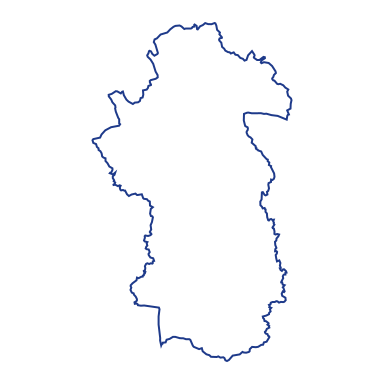 Iakora, Ihorombe, Madagascar (orthographic projection)
{"feature_id": "10022922B30377745880071", "entity_name": "Iakora", "entity_type": "district", "adm_level": 2, "iso_a3": "MDG", "parent_name": "Madagascar", "parent_adm1": "Ihorombe", "projection": "orthographic", "projection_center": [46.657, -23.157], "detail": "fine", "context": "isolated", "style": "outline", "palette": "blue", "viewbox_px": 384, "rotation_deg": 0, "n_neighbors": 0, "source": "geoboundaries", "source_scale": "gbopen_adm2", "svg_char_len": 5995}
<svg xmlns="http://www.w3.org/2000/svg" viewBox="0 0 384 384"><path d="M100.1,137.6L93.3,139.1L92.5,140.2L93.3,142.9L96.1,144.1L96.9,146.9L98.5,148.3L98.6,150.0L100.4,151.2L101.6,153.3L102.2,156.5L103.5,157.6L105.5,158.3L105.5,161.0L107.5,163.2L109.3,166.5L112.4,168.3L112.5,169.8L111.2,172.6L110.2,172.7L109.8,173.2L113.1,174.4L115.2,172.6L114.5,174.8L112.8,176.2L112.8,178.1L114.2,180.3L113.7,181.2L115.2,182.5L114.7,183.8L113.5,184.6L113.6,185.0L115.2,184.7L117.9,186.1L119.6,185.3L120.6,185.7L119.8,187.6L120.3,189.6L121.1,190.4L123.0,190.0L124.4,190.7L125.1,190.6L127.0,194.3L128.9,196.0L131.6,194.5L135.5,193.6L136.8,194.9L137.6,195.0L141.8,194.3L143.2,198.2L143.9,198.8L146.9,199.2L148.1,200.7L149.8,201.5L150.0,205.6L152.8,207.2L150.8,208.9L150.1,213.6L150.9,216.0L152.3,216.3L152.9,217.3L151.9,222.2L150.6,225.2L151.2,229.5L149.8,232.0L150.2,232.8L151.2,233.5L151.4,234.3L150.4,235.2L148.1,236.0L145.3,235.5L144.7,236.2L144.9,237.8L144.0,240.5L144.7,241.4L147.4,242.1L146.7,243.3L147.3,245.6L146.3,246.6L145.7,248.5L146.7,249.2L148.7,249.5L149.7,252.1L148.5,254.0L148.8,255.2L150.4,257.5L153.2,258.3L154.1,260.9L152.8,261.4L152.7,263.3L152.3,263.6L150.7,263.3L149.2,264.0L147.3,263.3L146.1,263.9L144.9,266.2L145.3,268.0L145.0,270.1L143.8,270.9L144.0,271.8L145.3,272.0L144.8,273.5L143.9,274.1L143.8,275.3L142.9,275.6L142.7,276.6L141.4,276.7L138.6,278.2L137.0,277.6L136.5,280.3L132.5,283.3L130.7,285.3L130.6,286.1L131.3,287.6L130.5,289.9L131.8,292.6L133.7,293.4L133.9,294.6L135.7,296.6L136.8,298.8L137.0,300.1L136.5,301.1L134.5,302.3L134.8,303.8L136.6,303.5L137.7,304.3L137.9,305.2L140.9,305.7L144.2,305.5L158.9,307.6L159.5,309.2L158.6,316.4L158.6,324.6L160.2,338.1L160.1,340.4L161.2,345.4L161.6,344.4L162.5,343.8L162.8,342.7L165.6,342.4L166.6,339.7L169.6,338.9L172.9,336.9L175.4,336.9L179.9,338.2L183.3,338.3L186.0,339.2L189.3,339.2L190.3,339.8L192.8,345.6L193.7,346.8L199.1,349.1L201.8,348.2L202.7,351.3L206.4,354.3L209.4,355.2L211.0,356.8L216.7,357.0L218.3,356.4L220.4,357.6L223.3,357.3L224.4,358.0L225.4,360.3L227.0,361.0L228.9,360.0L232.7,355.6L239.7,354.4L242.5,351.9L243.7,352.5L246.1,352.7L248.8,352.0L249.6,351.3L249.8,349.1L252.1,346.9L255.9,347.2L258.2,346.8L261.2,344.9L263.1,344.7L263.9,342.4L266.6,341.7L269.4,337.1L269.2,336.4L268.1,335.8L267.5,334.1L266.0,333.7L265.0,332.6L264.9,331.9L266.0,330.8L266.8,328.9L269.3,327.6L268.9,326.7L269.2,325.9L267.5,324.7L268.6,323.7L268.5,323.1L266.0,321.2L264.5,321.0L264.1,319.0L263.2,318.2L262.8,316.5L266.2,315.6L269.0,314.2L269.1,312.9L270.6,311.4L269.9,309.3L271.2,307.9L269.3,307.2L269.7,306.1L269.0,304.9L270.5,304.3L270.8,302.7L272.5,302.0L274.8,302.0L276.3,301.2L277.5,301.4L279.0,302.6L280.9,301.9L283.2,302.1L284.4,301.7L285.7,300.2L285.4,297.7L282.2,295.8L281.7,293.7L282.8,291.4L284.0,292.1L284.6,291.4L283.5,288.1L282.8,287.3L284.6,285.2L282.7,284.6L282.2,282.5L281.2,282.4L281.2,282.0L283.2,278.2L282.8,276.3L283.4,275.1L284.1,274.5L285.4,274.5L285.4,272.8L286.5,272.6L286.1,271.3L284.1,269.3L283.2,269.3L281.9,270.9L280.6,270.0L279.9,268.4L280.7,268.3L280.8,267.9L279.9,265.6L280.4,263.0L279.3,260.4L277.0,261.4L276.2,258.2L275.7,255.0L276.8,253.6L277.1,251.9L276.5,251.2L275.1,251.3L275.3,249.1L276.4,247.9L275.3,245.1L275.0,241.8L276.3,240.5L276.5,238.5L278.3,236.4L279.1,234.5L277.3,234.0L275.4,234.5L274.4,233.9L274.5,231.5L273.9,228.6L272.8,228.2L272.5,227.4L274.4,224.6L273.7,223.7L273.9,222.5L273.2,221.5L273.8,219.7L272.3,219.9L271.1,219.0L269.9,219.4L268.9,220.5L268.2,220.2L267.2,217.2L266.9,213.5L265.5,211.8L265.6,209.5L265.1,209.3L264.6,208.0L262.7,208.4L261.9,206.7L260.4,205.2L260.3,201.6L261.6,199.4L261.9,192.4L262.8,192.1L264.6,194.9L265.7,195.4L267.4,194.5L267.0,191.8L268.2,190.9L269.0,188.3L268.3,184.8L268.6,183.1L271.0,182.0L271.1,179.6L272.4,180.0L273.9,178.8L274.5,176.8L274.1,173.4L270.9,167.0L271.1,166.1L268.9,165.0L269.3,162.5L267.7,161.2L267.8,159.6L266.6,159.1L262.7,154.9L261.2,151.5L258.1,150.4L257.7,149.7L256.4,149.2L256.0,148.6L256.3,148.0L255.7,147.6L255.7,146.2L251.7,142.7L252.4,139.4L250.5,137.4L248.8,136.5L247.6,135.1L246.6,132.7L246.7,131.5L247.7,130.0L247.9,128.3L247.6,127.3L245.3,126.1L244.9,124.9L243.8,120.4L244.0,113.9L247.1,112.7L248.4,112.6L251.9,113.3L261.0,113.2L264.0,113.9L266.4,113.7L271.4,115.1L277.7,115.9L286.7,119.6L287.3,115.8L287.9,114.8L288.9,114.5L287.2,110.4L290.5,108.6L290.7,103.9L291.5,100.2L291.0,98.5L288.1,95.7L287.2,91.7L288.3,89.5L285.3,87.6L283.3,85.3L280.2,83.8L278.4,84.2L277.2,83.9L274.4,80.6L273.3,80.4L272.3,79.2L272.2,78.4L273.3,77.0L273.9,75.0L275.9,73.0L275.5,71.3L272.1,66.0L268.7,63.0L264.0,62.2L261.5,63.2L260.8,62.5L261.5,60.5L264.9,58.2L264.8,57.2L263.5,56.9L259.4,60.0L257.1,60.0L254.1,57.9L253.8,57.2L254.6,55.6L254.4,54.7L252.0,51.1L248.1,55.3L246.5,59.9L244.5,60.6L242.9,58.8L240.3,57.9L237.8,55.1L235.4,54.7L233.7,52.4L230.8,53.5L229.7,52.3L228.0,52.1L225.3,50.6L224.2,48.7L222.1,46.9L221.3,42.7L219.3,40.5L219.1,39.6L219.6,38.4L221.8,37.9L221.9,37.3L219.4,34.3L219.9,32.5L217.1,29.8L216.3,25.5L215.4,23.4L214.7,23.0L211.5,24.2L208.1,24.1L205.2,23.1L202.8,25.1L200.1,26.3L197.7,29.4L197.1,29.2L196.6,25.9L194.6,24.5L194.2,24.9L194.3,26.6L192.6,26.9L191.9,28.0L191.0,28.5L185.8,28.5L184.3,29.0L181.4,26.4L179.6,25.5L175.4,25.9L173.5,26.8L170.3,29.3L167.3,32.5L160.6,34.5L156.9,38.4L154.6,39.4L153.8,42.1L155.4,44.6L157.9,53.0L157.4,54.0L154.4,55.7L152.3,53.9L151.0,51.4L149.5,50.8L149.0,51.2L148.4,53.4L147.2,55.3L147.7,56.8L150.5,59.5L153.2,63.8L155.6,71.6L157.6,75.1L157.7,77.4L155.7,78.8L150.8,80.1L149.8,80.9L149.9,82.5L151.0,84.6L150.9,85.1L148.4,85.9L147.9,88.0L146.7,89.6L143.0,90.4L143.3,94.7L142.6,97.5L140.6,98.1L139.9,101.0L138.1,102.3L134.8,102.6L132.9,104.0L128.5,101.6L126.4,99.6L123.9,95.3L122.9,91.5L122.1,91.8L120.8,93.4L117.3,91.4L115.8,91.2L111.7,93.9L108.7,94.8L108.8,96.4L111.2,99.5L112.4,102.3L115.2,105.4L115.5,107.5L115.1,108.3L115.8,111.6L118.2,117.8L119.2,119.3L119.2,123.4L120.1,124.2L119.1,125.7L111.1,127.2L105.3,130.3L101.5,134.5L100.1,137.6Z" fill="none" stroke="#1e3a8a" stroke-width="2"/></svg>